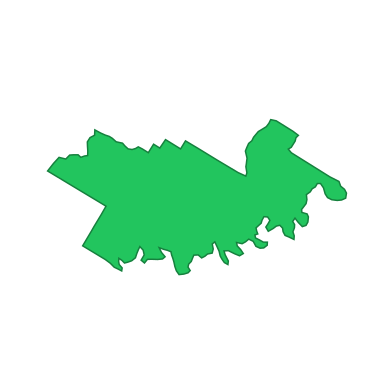 Campina das Missões, Rio Grande do Sul, Brazil (Equal Earth projection), rotated 302°
{"feature_id": "56859067B58621448764792", "entity_name": "Campina das Missões", "entity_type": "district", "adm_level": 2, "iso_a3": "BRA", "parent_name": "Brazil", "parent_adm1": "Rio Grande do Sul", "projection": "equal_earth", "projection_center": [-54.831, -27.962], "detail": "fine", "context": "isolated", "style": "filled", "palette": "green", "viewbox_px": 384, "rotation_deg": 302, "n_neighbors": 0, "source": "geoboundaries", "source_scale": "gbopen_adm2", "svg_char_len": 2752}
<svg xmlns="http://www.w3.org/2000/svg" viewBox="0 0 384 384"><g transform="rotate(302 192 192)"><path d="M193.2,76.7L188.5,79.3L184.1,76.7L179.0,76.7L175.3,79.2L171.4,82.0L167.6,84.2L165.6,81.8L162.5,79.3L163.2,75.7L160.9,72.0L158.5,68.7L153.1,67.5L150.9,60.9L142.8,59.4L133.3,58.4L133.9,95.6L134.3,118.2L134.4,126.6L124.6,127.0L111.0,127.2L106.1,127.4L88.4,127.8L88.8,154.1L88.3,160.4L87.0,165.9L87.5,170.3L87.8,174.2L90.6,173.0L91.9,168.7L94.1,166.7L97.0,165.1L96.9,168.7L96.0,172.4L98.3,174.6L101.7,177.3L106.2,178.9L110.6,177.8L114.6,177.1L118.1,176.7L116.8,181.4L113.3,184.8L107.2,185.0L106.6,189.3L111.3,189.9L113.7,193.6L116.6,198.6L119.6,202.5L122.8,203.5L124.6,198.1L127.4,193.6L128.3,198.1L129.5,202.0L130.2,205.8L127.8,208.1L125.6,210.9L123.0,213.8L119.7,217.0L116.9,220.5L115.1,224.8L118.1,228.6L121.4,231.5L124.4,232.1L126.2,228.4L129.1,227.4L132.7,228.2L135.7,227.6L139.4,227.0L141.9,230.6L141.2,235.1L144.4,237.0L147.6,238.0L150.9,241.5L154.9,240.2L158.7,236.7L161.8,237.8L159.0,242.1L156.1,246.4L152.7,249.8L151.0,252.8L149.3,256.8L149.5,260.9L152.7,259.4L154.5,256.4L156.3,253.4L159.0,250.4L161.5,253.9L162.2,260.8L163.1,266.1L167.0,268.1L169.0,263.7L170.2,259.0L172.8,256.5L174.7,261.9L178.1,263.8L182.1,265.1L182.6,270.1L179.8,275.0L180.4,279.5L182.6,282.5L186.7,284.0L189.4,282.5L187.3,279.1L187.1,274.7L186.7,270.2L188.9,268.1L191.3,270.0L193.2,267.5L195.5,265.3L199.1,266.3L202.2,267.2L205.3,266.3L209.2,266.1L210.9,269.4L209.2,273.1L204.9,273.3L201.4,273.2L199.1,277.5L204.1,280.2L207.8,281.6L210.3,284.1L209.4,287.9L206.6,290.3L204.5,293.9L205.2,298.1L205.8,303.6L209.0,301.9L211.7,298.7L216.0,297.8L218.7,296.3L220.4,293.0L224.4,293.2L222.5,298.3L221.1,303.9L224.1,306.4L227.9,306.2L232.6,303.9L234.4,301.2L232.9,296.0L235.3,294.2L239.2,294.6L242.6,294.9L246.4,293.5L250.4,290.4L254.8,292.2L258.4,292.2L261.7,293.9L265.6,293.8L267.3,296.5L265.2,301.3L261.0,305.9L259.1,309.9L259.5,314.6L261.8,319.6L264.5,323.1L268.2,325.6L272.9,323.6L275.1,319.9L275.7,315.0L278.8,311.1L277.9,300.9L277.9,296.0L277.9,291.5L277.9,281.8L277.9,274.7L277.9,263.8L277.9,260.0L277.9,255.5L279.4,250.9L282.5,252.5L286.3,252.5L289.8,252.5L293.1,251.4L296.4,252.2L297.0,245.5L297.0,237.0L297.0,225.7L295.1,220.4L291.0,220.8L286.8,220.4L283.1,218.6L278.4,216.2L274.1,215.6L271.1,215.2L267.2,215.6L263.2,214.3L258.8,214.9L255.0,215.6L252.3,218.3L249.8,220.8L247.3,221.9L244.8,223.1L242.0,224.3L237.3,228.4L234.0,229.2L232.9,220.7L232.4,196.2L232.2,173.8L231.9,159.4L222.5,159.5L222.4,141.8L212.2,141.4L212.2,134.1L208.9,134.1L202.2,134.1L202.2,127.0L201.8,122.5L199.0,121.1L196.3,118.7L194.7,115.0L195.5,110.7L196.6,107.2L194.4,101.1L195.3,96.0L195.3,92.4L194.3,88.3L193.6,83.2L193.2,76.7Z" fill="#22c55e" stroke="#15803d" stroke-width="1.5"/></g></svg>